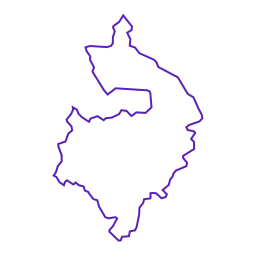 map outline of Warwickshire (Mercator projection)
{"feature_id": "GBR-2750", "entity_name": "Warwickshire", "entity_type": "Administrative County", "adm_level": 1, "iso_a3": "GBR", "parent_name": "United Kingdom", "parent_adm1": "", "projection": "mercator", "projection_center": [-1.585, 52.316], "detail": "fine", "context": "isolated", "style": "outline", "palette": "violet", "viewbox_px": 256, "rotation_deg": 0, "n_neighbors": 0, "source": "natural_earth", "source_scale": "10m", "svg_char_len": 1631}
<svg xmlns="http://www.w3.org/2000/svg" viewBox="0 0 256 256"><path d="M108.5,218.3L105.2,217.1L99.0,206.5L97.3,200.3L93.3,199.0L89.3,193.9L88.2,191.9L84.8,190.5L83.7,186.5L78.8,185.2L75.7,182.5L73.4,184.5L66.9,180.3L65.0,182.0L63.9,185.2L59.5,182.2L56.5,177.1L53.7,175.6L56.0,172.0L57.8,166.1L61.7,161.3L61.6,155.1L58.3,146.3L58.3,144.0L65.5,141.5L68.3,133.8L72.2,130.3L71.4,126.2L67.1,121.6L66.6,119.5L71.2,113.9L73.0,109.7L72.8,107.3L74.5,108.3L76.9,109.6L78.4,113.6L81.8,117.1L89.0,121.8L90.5,118.6L97.5,116.2L103.7,120.2L105.8,118.2L111.8,117.6L119.1,114.1L121.4,110.2L126.5,110.9L131.4,116.0L136.4,112.4L145.6,112.9L151.5,107.3L150.3,93.0L149.4,91.2L147.0,90.3L115.7,88.3L107.6,94.5L103.7,89.8L92.5,71.7L94.0,67.3L90.1,59.9L90.2,56.3L86.7,51.2L85.5,47.3L90.1,46.0L106.9,47.1L111.1,45.8L112.8,43.3L112.9,37.0L114.8,31.3L113.1,27.5L113.4,26.1L119.2,21.9L123.2,15.4L132.0,26.5L131.5,30.1L127.2,32.7L130.4,39.3L129.7,45.6L135.1,47.6L139.4,53.2L154.3,59.9L156.7,62.8L158.3,67.0L177.9,77.4L187.8,94.0L193.5,97.3L198.2,108.0L201.9,115.1L202.3,118.4L199.3,121.5L189.3,124.9L186.3,127.3L187.7,130.0L194.1,131.4L195.2,133.0L191.1,138.9L194.0,142.0L194.1,149.0L183.1,155.9L183.2,158.1L187.1,162.8L186.4,166.1L176.0,170.5L173.3,173.7L172.6,176.5L170.2,179.5L168.7,185.0L162.6,190.0L166.9,194.3L165.6,197.1L161.5,198.2L156.1,193.3L152.6,192.9L150.4,193.3L150.6,197.8L149.8,198.5L144.1,199.2L143.2,202.9L139.4,207.8L139.2,214.1L136.6,227.2L135.0,230.3L129.8,231.4L129.0,236.2L122.0,236.8L120.7,240.4L118.6,240.6L109.4,231.7L109.5,230.0L112.9,226.3L117.1,218.4L115.4,217.2L108.5,218.3Z" fill="none" stroke="#5b21b6" stroke-width="2"/></svg>